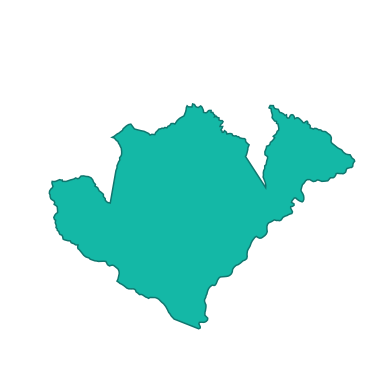 outline of São João do Paraíso, Maranhão, Brazil, rotated 30°
{"feature_id": "56859067B9306811321395", "entity_name": "São João do Paraíso", "entity_type": "district", "adm_level": 2, "iso_a3": "BRA", "parent_name": "Brazil", "parent_adm1": "Maranhão", "projection": "robinson", "projection_center": [-46.883, -6.44], "detail": "fine", "context": "isolated", "style": "filled", "palette": "teal", "viewbox_px": 384, "rotation_deg": 30, "n_neighbors": 0, "source": "geoboundaries", "source_scale": "gbopen_adm2", "svg_char_len": 6021}
<svg xmlns="http://www.w3.org/2000/svg" viewBox="0 0 384 384"><g transform="rotate(30 192 192)"><path d="M207.6,305.8L208.3,304.4L212.9,301.8L214.4,301.5L216.6,301.4L220.9,302.6L223.3,303.0L226.5,304.3L229.8,306.3L232.0,307.9L233.7,308.5L236.1,309.8L238.8,310.6L240.0,311.0L242.5,310.6L266.2,307.1L267.1,305.6L266.4,304.5L263.9,302.8L263.6,301.2L265.3,300.0L267.2,299.1L268.2,298.2L269.0,296.9L269.4,295.0L268.7,293.4L264.8,292.3L263.4,289.8L262.9,287.9L261.8,285.1L261.1,283.7L260.4,282.7L259.1,281.8L257.5,280.4L256.7,278.9L256.6,276.5L256.0,274.7L255.9,272.9L255.3,271.0L254.9,269.2L254.7,267.2L255.1,264.8L256.1,262.5L257.9,261.9L258.7,260.8L258.7,258.7L258.2,255.6L258.3,253.1L259.0,251.4L263.9,248.0L265.3,246.8L266.3,245.4L267.0,243.2L266.8,241.0L265.9,238.9L265.9,237.0L266.2,235.4L266.9,233.4L268.3,231.8L269.4,229.5L270.5,226.2L271.9,224.4L272.7,222.4L272.1,220.4L270.7,218.3L269.5,215.4L269.3,213.9L269.3,209.9L268.7,206.5L268.6,204.0L269.1,199.9L269.9,198.3L272.2,198.4L273.8,198.1L275.0,197.2L275.7,196.0L276.9,193.2L277.3,191.1L277.0,188.8L275.3,186.5L274.0,184.2L273.6,182.3L273.8,180.4L275.7,177.8L277.2,175.0L279.3,174.5L280.8,173.6L282.3,173.0L283.2,171.6L283.4,168.5L284.8,166.2L286.2,164.7L286.9,163.3L287.8,162.2L289.2,160.7L289.0,159.0L287.9,158.2L285.5,156.7L284.8,155.3L286.3,154.1L287.0,152.3L286.1,151.2L283.4,151.3L283.0,149.5L283.6,146.0L284.8,145.3L286.4,145.7L288.1,145.9L290.0,145.9L292.3,145.5L292.8,144.3L292.5,142.4L291.5,140.7L290.4,139.3L288.8,138.1L286.2,136.7L285.3,135.7L285.0,134.4L284.6,133.1L284.0,130.5L284.6,128.3L284.8,125.3L285.6,123.7L287.9,122.3L289.5,122.4L291.8,122.3L293.6,120.8L294.4,119.0L295.7,118.4L299.1,117.9L301.9,116.0L304.0,114.4L304.8,110.4L306.3,109.6L307.4,108.8L307.9,107.5L308.0,105.6L307.7,104.0L308.6,103.1L310.9,102.1L312.4,101.2L313.7,100.7L314.6,99.4L315.1,97.8L314.4,95.3L314.6,94.0L316.8,91.7L317.9,91.0L318.4,89.6L317.4,87.2L317.2,85.7L317.5,84.0L316.2,82.9L313.7,82.6L310.3,80.7L308.4,81.6L306.3,82.2L304.1,82.0L302.4,81.6L301.2,80.9L299.6,80.7L298.4,80.9L295.9,80.9L291.0,80.1L289.2,79.9L287.8,79.4L286.8,78.2L286.3,76.7L285.5,75.3L284.1,74.2L282.7,73.6L280.2,73.4L278.4,73.0L276.9,73.1L275.7,73.8L274.4,74.3L273.0,73.9L271.8,74.1L270.7,74.8L268.0,74.8L266.3,75.6L265.7,76.8L263.9,77.0L262.4,77.5L261.2,75.5L259.7,74.9L257.7,75.1L257.5,73.7L256.1,73.1L255.1,74.4L254.8,75.8L253.6,76.4L251.9,75.7L249.9,75.2L248.3,74.8L247.0,74.7L245.8,75.1L244.3,77.1L242.6,75.5L241.2,74.8L239.9,75.0L238.9,76.2L239.0,79.4L237.9,80.2L236.6,79.9L235.2,77.9L234.2,79.2L232.3,78.6L229.7,78.7L228.3,79.2L227.1,78.5L225.4,77.3L223.1,78.1L221.7,78.3L220.4,77.6L219.3,76.5L216.4,78.0L216.6,80.6L219.0,80.4L220.2,82.3L223.2,85.1L224.2,87.6L226.3,88.5L228.1,89.2L229.9,88.6L230.9,90.3L232.4,90.1L235.4,93.5L236.1,95.3L235.4,96.8L235.9,99.2L235.4,100.9L234.5,103.2L236.5,103.7L236.3,105.7L235.9,107.8L235.1,109.8L235.7,112.1L235.1,113.5L233.7,115.1L234.4,116.8L235.0,120.8L236.6,123.2L239.8,123.6L240.7,125.3L241.1,127.5L241.8,129.5L242.5,131.2L241.9,133.0L243.3,135.4L243.4,137.7L244.2,139.8L245.4,141.6L246.1,143.5L248.2,145.1L250.8,147.2L252.6,149.4L253.6,151.4L220.6,134.5L220.6,132.9L220.0,130.4L219.1,127.3L218.3,125.8L217.9,122.6L216.4,122.4L214.1,121.8L213.0,121.2L212.1,119.8L210.9,119.5L208.8,120.5L206.3,121.2L204.7,120.8L203.6,121.4L202.0,121.3L201.0,122.2L198.9,122.8L198.0,121.8L196.5,121.9L195.4,122.5L193.2,124.3L191.9,123.0L189.5,122.6L189.4,124.5L188.4,125.2L187.3,124.1L185.9,123.8L186.1,121.8L185.8,119.9L183.5,121.2L183.1,119.2L183.8,117.1L183.7,115.5L182.4,115.1L181.0,116.0L179.3,116.1L178.3,114.3L176.5,114.8L175.2,114.2L173.9,115.7L173.5,114.1L171.8,113.8L170.3,112.7L168.7,113.5L167.8,111.8L166.6,112.4L165.6,113.3L165.2,115.4L164.5,116.5L162.2,117.3L160.9,115.5L158.2,113.5L156.5,113.1L155.2,115.7L153.6,116.2L152.4,116.1L150.4,115.0L148.5,115.4L149.4,118.4L146.2,120.1L144.7,119.8L144.8,121.5L145.8,123.8L146.4,125.9L147.0,130.1L145.6,132.4L144.4,134.5L143.5,137.5L143.2,141.7L141.5,142.0L139.7,143.2L139.4,145.8L138.4,146.9L138.2,149.0L136.2,149.7L135.5,151.2L134.1,151.7L133.2,153.0L131.9,154.0L131.5,156.1L130.8,158.6L131.1,160.9L128.4,162.1L127.2,163.7L125.2,163.0L122.8,163.2L120.2,163.4L117.2,164.4L113.7,165.4L110.6,166.2L105.1,163.8L103.5,165.2L102.7,166.5L102.0,168.0L100.8,171.6L101.0,173.4L100.0,175.6L99.4,177.3L98.2,179.1L97.5,180.8L96.7,182.8L95.5,184.6L97.9,184.1L99.6,184.8L101.0,185.2L102.5,185.2L103.9,186.4L106.1,187.5L107.1,188.4L108.8,189.4L110.9,192.2L112.0,194.2L112.5,195.7L112.2,198.6L113.5,200.4L113.4,202.9L113.7,204.4L113.9,206.7L115.0,208.7L115.4,211.4L126.7,242.4L124.1,243.3L121.1,242.6L120.1,241.1L117.6,240.3L116.4,238.3L113.5,237.7L111.0,237.4L108.0,235.4L105.0,235.4L104.6,233.7L102.4,233.0L101.3,232.3L99.9,231.1L97.5,230.2L94.5,230.5L92.2,231.6L90.2,232.2L87.9,233.7L87.3,236.7L86.2,237.7L84.2,238.0L83.3,239.7L82.2,240.9L81.0,242.0L77.7,245.8L74.5,247.5L73.6,246.5L72.6,247.2L71.3,247.4L70.2,248.8L68.9,250.6L67.4,251.9L65.6,252.7L66.1,254.1L67.0,255.1L68.8,256.6L68.9,258.4L68.3,259.9L68.2,262.4L69.1,264.5L70.5,265.4L71.5,267.0L73.1,268.4L74.8,268.7L77.2,268.8L78.4,269.8L78.8,271.7L80.6,271.7L82.6,272.1L84.8,275.2L85.9,277.0L85.1,278.7L84.8,280.4L85.0,283.1L86.7,284.6L88.0,284.6L89.0,287.1L90.5,288.2L91.5,289.2L92.0,290.8L93.7,291.3L94.4,292.5L96.5,292.8L97.3,293.8L98.9,294.8L100.8,294.4L102.3,295.3L103.9,297.2L105.2,297.2L109.0,296.2L110.9,295.2L112.8,296.3L114.4,296.1L115.8,295.8L117.5,296.0L119.8,294.9L120.5,296.9L121.6,298.1L123.1,298.3L125.8,299.3L129.8,300.9L132.3,301.3L134.1,301.0L135.6,300.6L137.5,301.1L142.2,300.2L144.0,299.4L145.7,298.9L150.1,296.1L152.1,295.2L154.2,296.5L155.2,297.2L157.5,297.3L158.7,295.9L159.9,295.0L161.3,294.8L165.5,295.5L166.7,295.8L168.6,297.3L169.8,299.1L171.5,304.6L171.6,306.7L173.9,306.9L175.3,307.2L177.1,307.0L180.0,307.2L183.7,307.8L185.6,307.5L188.2,306.1L189.6,305.2L190.8,305.0L192.0,305.1L193.5,306.4L195.6,306.6L197.8,307.1L199.2,306.1L200.4,305.8L204.5,306.1L206.1,305.8L207.6,305.8Z" fill="#14b8a6" stroke="#0f766e" stroke-width="1.5"/></g></svg>